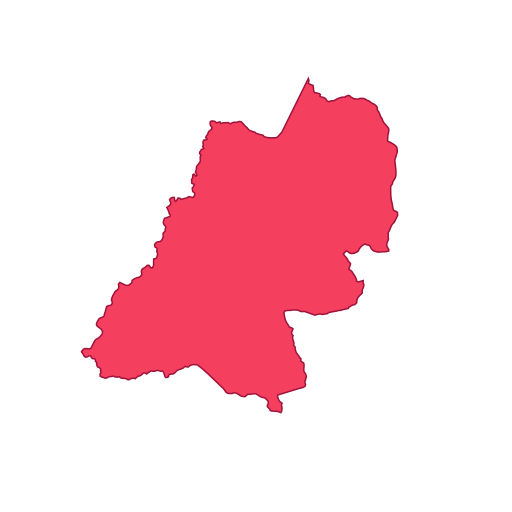 Monte do Carmo, Tocantins, Brazil, rotated 220°
{"feature_id": "56859067B13428701772069", "entity_name": "Monte do Carmo", "entity_type": "district", "adm_level": 2, "iso_a3": "BRA", "parent_name": "Brazil", "parent_adm1": "Tocantins", "projection": "mercator", "projection_center": [-48.031, -10.736], "detail": "fine", "context": "isolated", "style": "filled", "palette": "rose", "viewbox_px": 512, "rotation_deg": 220, "n_neighbors": 0, "source": "geoboundaries", "source_scale": "gbopen_adm2", "svg_char_len": 6110}
<svg xmlns="http://www.w3.org/2000/svg" viewBox="0 0 512 512"><g transform="rotate(220 256 256)"><path d="M328.1,70.4L326.3,70.0L323.2,68.8L321.5,68.9L320.4,70.3L319.6,72.4L318.3,73.3L316.9,72.4L314.9,72.4L313.8,73.6L312.2,73.2L311.3,72.1L309.5,72.0L308.4,70.5L307.2,69.7L306.0,69.2L304.4,69.8L302.1,69.5L301.4,68.1L300.0,67.3L299.6,65.4L298.2,63.7L296.7,64.0L293.0,65.5L291.7,67.0L291.2,68.7L288.8,71.3L287.9,72.5L286.4,72.7L285.2,73.4L283.9,74.5L282.9,75.9L281.6,75.6L280.0,76.2L278.2,77.7L276.4,78.6L274.9,78.8L273.8,79.4L273.2,81.3L271.3,83.8L269.7,84.3L269.1,88.1L268.0,89.4L267.4,91.1L267.0,94.1L265.6,95.2L263.9,95.3L263.7,96.8L262.5,100.6L261.0,101.4L259.6,102.5L258.0,105.2L256.3,105.8L254.6,106.7L253.7,107.9L251.8,107.4L248.2,105.1L246.9,105.0L245.8,106.1L245.4,107.3L246.4,108.5L246.0,109.8L244.9,111.2L243.7,112.3L243.1,113.9L243.0,116.1L242.7,118.2L241.8,119.8L240.8,121.1L240.2,122.5L239.6,123.6L239.6,125.0L239.0,126.1L237.8,126.5L236.6,127.3L236.3,128.9L235.9,130.4L234.5,132.2L231.2,134.9L225.3,135.1L217.4,134.9L198.1,133.6L196.0,133.6L191.6,132.4L189.7,132.5L188.4,133.3L186.0,135.1L185.0,136.8L183.8,138.0L180.5,138.8L179.1,138.8L177.0,139.2L175.5,140.1L173.9,141.3L173.5,144.7L172.4,145.5L168.8,149.4L167.4,150.4L162.3,151.1L160.5,151.6L159.2,152.4L157.6,153.0L154.2,152.7L152.9,152.2L152.0,151.2L151.5,150.0L151.3,148.7L150.1,147.8L147.0,147.6L145.9,146.8L144.5,147.2L143.5,148.0L139.4,150.9L136.3,152.0L136.5,153.3L137.8,155.7L140.8,158.4L141.4,160.0L144.6,159.8L146.3,160.5L148.9,162.0L150.0,163.5L138.0,182.0L135.7,185.2L134.7,187.5L135.3,189.3L136.9,190.3L138.0,191.6L138.3,193.0L139.2,193.9L139.5,195.5L140.7,196.6L142.4,197.6L145.3,198.5L147.2,200.7L148.4,202.5L149.8,204.1L151.0,204.8L152.4,204.4L154.4,204.6L155.5,206.2L157.0,206.3L158.9,206.9L162.8,207.8L164.7,208.8L167.7,211.5L169.7,211.7L170.9,213.7L174.3,215.9L175.8,217.2L176.4,218.9L178.0,219.1L179.3,219.9L180.1,221.8L180.8,224.0L182.4,223.9L183.7,223.3L185.5,223.2L187.1,223.9L190.1,224.8L191.8,225.6L193.7,226.8L198.0,230.2L198.6,232.3L197.5,233.8L196.3,235.1L194.9,236.2L193.7,237.7L192.0,239.3L189.3,241.3L185.6,242.5L183.0,244.8L172.7,248.6L172.2,249.9L171.2,250.8L170.3,252.2L169.1,253.1L167.6,253.9L164.2,257.8L164.1,259.2L161.9,262.1L160.8,263.2L160.0,264.5L158.9,265.5L157.5,267.7L156.4,268.5L154.7,271.1L151.6,275.1L152.0,276.3L150.4,280.8L149.1,282.1L148.8,284.8L149.9,286.4L150.7,287.8L151.2,289.3L151.2,292.0L150.8,295.8L153.0,298.8L153.7,301.4L154.3,302.5L155.2,303.6L156.9,304.4L158.1,306.1L160.2,303.0L161.3,301.7L163.1,301.5L164.1,302.7L167.2,304.1L172.4,305.7L174.1,305.9L175.3,305.6L176.7,305.9L177.1,307.5L178.5,310.8L180.5,311.3L182.3,311.5L183.9,312.4L185.6,312.8L188.7,313.2L190.4,313.8L190.1,318.0L188.2,318.4L186.3,318.4L184.6,319.1L182.6,321.2L181.3,323.7L180.9,325.0L181.0,326.4L181.5,328.0L181.5,331.4L180.8,334.0L180.1,335.4L178.3,335.7L177.3,336.4L175.7,337.0L174.0,336.4L172.5,335.7L169.4,335.4L165.3,337.2L159.0,343.1L157.5,345.1L158.3,346.2L161.8,347.5L163.0,348.5L163.9,350.0L165.5,354.4L166.6,355.1L169.8,359.0L170.1,361.0L171.8,366.5L172.0,367.8L171.8,370.8L173.3,377.1L173.8,378.5L175.7,380.3L177.7,380.2L179.7,379.4L181.5,380.3L184.8,383.3L188.3,385.8L191.9,389.3L195.5,393.4L197.6,396.0L197.9,399.1L198.8,400.4L199.6,405.6L201.0,408.2L204.2,411.9L210.4,417.7L211.6,419.1L212.0,420.4L214.4,425.9L215.1,427.2L217.9,429.7L219.3,430.1L221.8,430.1L225.3,429.6L229.0,428.5L232.6,433.3L233.4,435.0L235.2,437.9L236.6,439.1L244.1,440.4L246.4,441.4L247.7,442.3L250.2,442.9L251.4,443.7L254.5,445.3L256.1,445.6L257.6,446.4L258.4,447.6L260.1,448.3L262.7,448.3L265.8,447.5L269.4,447.4L270.4,446.8L273.5,446.4L275.0,445.7L277.4,443.9L279.1,441.3L282.4,439.3L285.6,438.8L287.3,439.0L288.6,438.3L289.5,436.6L290.0,435.0L292.3,432.8L293.8,430.6L295.4,427.2L296.2,424.8L298.5,422.9L299.0,421.3L301.2,420.5L304.2,421.3L306.4,420.8L308.3,419.7L309.9,419.5L310.5,421.1L311.8,421.1L314.8,419.7L315.9,418.9L317.5,419.2L321.9,423.4L323.8,422.6L325.3,422.3L326.8,421.8L328.3,424.6L330.0,425.6L315.8,367.5L316.0,361.4L316.5,359.7L320.2,356.4L323.1,354.2L326.5,352.6L328.0,353.1L333.5,350.5L335.0,350.1L336.5,350.2L337.8,349.4L339.2,349.0L340.5,348.4L342.6,348.0L345.5,348.6L348.0,348.6L353.2,349.4L354.9,348.7L357.1,345.6L358.6,344.6L359.8,342.9L360.5,340.9L363.1,340.3L366.5,337.2L368.2,334.9L369.9,335.6L371.8,332.7L374.0,332.7L375.5,331.9L377.0,330.7L377.3,329.3L376.2,327.8L374.8,326.7L372.4,326.2L371.5,324.5L372.3,321.0L371.2,317.6L371.2,316.0L370.7,314.4L368.7,314.2L369.2,312.4L370.5,311.4L370.3,310.0L369.3,308.5L367.6,307.1L367.3,305.6L365.2,304.9L365.4,303.6L366.4,302.5L365.9,301.1L366.0,299.7L365.0,298.1L362.9,298.1L362.6,296.2L359.7,293.0L359.2,291.1L359.1,286.3L357.3,283.9L356.4,281.4L353.2,280.0L353.4,278.4L356.3,278.9L356.6,277.5L354.9,275.4L354.4,272.9L351.8,270.4L349.3,271.3L348.5,268.8L348.5,266.9L345.8,264.7L343.7,264.9L342.1,263.3L341.7,260.5L345.7,258.2L346.3,256.2L349.7,251.4L351.8,251.2L353.0,250.3L352.6,248.0L352.5,246.3L353.9,246.3L356.2,248.4L357.8,247.1L358.4,245.7L358.5,243.7L355.5,242.0L354.7,240.6L354.7,239.0L355.5,235.8L353.4,235.0L351.0,233.7L349.6,232.6L347.9,232.3L347.3,231.1L350.3,225.9L348.7,222.1L347.1,221.1L343.6,220.3L342.7,218.1L341.6,216.6L341.8,213.7L339.5,211.1L338.5,208.3L338.5,205.9L341.0,202.8L341.2,200.3L340.7,199.2L339.2,198.0L336.7,198.3L334.8,195.6L332.7,194.4L330.9,190.6L331.4,189.4L332.5,188.0L328.2,182.6L327.8,180.2L329.2,179.4L331.9,180.1L333.3,178.9L333.6,176.3L334.8,172.7L333.9,170.4L332.5,169.3L331.5,168.2L331.4,166.8L331.8,164.6L333.3,162.8L334.8,159.7L335.2,157.7L333.9,155.5L334.9,151.4L337.1,149.8L343.4,148.2L343.3,146.0L341.6,144.5L340.5,142.9L340.3,141.1L340.9,139.7L341.1,138.2L340.1,133.2L339.1,130.5L338.2,129.1L336.6,128.4L335.7,127.4L335.4,125.2L337.3,122.8L337.9,121.2L335.7,116.5L334.9,114.3L333.8,112.4L334.1,110.9L335.6,108.0L335.9,106.8L335.4,103.8L334.8,101.8L333.8,100.6L332.5,100.2L327.5,100.4L326.3,100.1L324.7,99.1L323.8,97.7L323.6,96.3L323.8,92.2L325.0,89.1L325.1,87.6L323.2,79.3L324.1,77.5L326.3,76.2L327.4,75.3L328.1,74.2L328.4,72.4L328.1,70.4Z" fill="#f43f5e" stroke="#9f1239" stroke-width="1.5"/></g></svg>